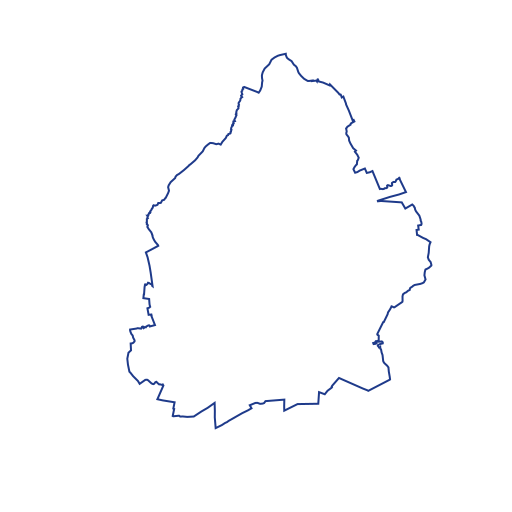 the district of IP, Salaj, Romania, rotated 154°
{"feature_id": "2599482B12205021786957", "entity_name": "IP", "entity_type": "district", "adm_level": 2, "iso_a3": "ROU", "parent_name": "Romania", "parent_adm1": "Salaj", "projection": "orthographic", "projection_center": [22.621, 47.222], "detail": "fine", "context": "isolated", "style": "outline", "palette": "blue", "viewbox_px": 512, "rotation_deg": 154, "n_neighbors": 0, "source": "geoboundaries", "source_scale": "gbopen_adm2", "svg_char_len": 6125}
<svg xmlns="http://www.w3.org/2000/svg" viewBox="0 0 512 512"><g transform="rotate(154 256 256)"><path d="M275.8,367.1L277.1,366.5L283.2,364.8L289.3,363.5L291.5,363.4L293.5,362.6L294.5,361.5L300.3,359.8L303.5,357.8L304.8,356.4L305.6,352.8L307.5,351.0L311.7,347.8L312.4,347.7L313.8,346.8L316.0,347.1L318.2,345.5L319.2,345.7L320.6,346.5L321.9,345.3L322.8,345.2L324.7,345.5L325.8,346.5L326.4,346.3L327.7,344.6L328.9,344.2L329.3,343.6L331.5,342.5L331.6,341.7L332.2,341.2L332.8,341.6L333.3,341.4L333.3,341.0L334.7,340.5L335.0,340.1L335.0,339.6L335.3,339.4L336.0,339.8L335.9,339.2L336.7,338.3L336.6,337.4L337.9,337.1L339.1,334.5L339.6,334.3L339.6,333.2L340.2,332.7L340.2,332.2L339.7,331.3L339.9,330.7L340.9,329.8L340.6,327.1L339.7,323.0L339.9,322.0L339.8,321.5L340.1,320.7L339.9,320.0L340.3,319.3L340.6,317.7L340.6,315.2L340.4,312.9L339.3,308.7L339.4,308.0L353.4,307.5L354.0,302.4L356.0,293.8L358.0,287.1L362.2,274.2L362.4,274.6L362.0,276.0L363.0,277.0L364.1,278.8L364.8,279.3L365.5,278.6L367.1,278.1L368.0,279.1L368.3,278.9L368.2,278.5L368.4,278.1L369.1,277.9L369.9,276.7L373.2,271.0L373.3,271.1L373.7,270.7L375.7,267.5L370.9,264.2L372.9,259.2L373.4,256.7L374.5,256.4L376.5,256.6L378.3,250.2L375.7,249.3L376.0,248.0L376.3,247.9L377.1,238.2L382.3,239.2L382.2,240.2L382.4,240.5L383.2,240.8L385.6,240.7L386.1,240.3L386.3,240.5L387.1,240.5L387.6,241.1L387.9,241.0L388.1,240.5L388.7,240.4L388.8,241.0L388.5,241.9L388.6,242.2L389.5,242.3L391.1,241.1L394.0,243.0L395.3,243.2L401.4,245.1L401.9,244.0L402.1,242.4L402.2,240.5L401.7,238.6L402.2,236.5L402.1,233.5L402.3,233.0L402.6,232.5L404.3,231.8L405.5,231.8L407.0,232.3L409.7,226.0L413.0,225.0L416.7,220.1L418.7,214.5L420.5,207.5L420.0,206.0L419.1,201.8L416.9,195.4L416.6,192.1L409.8,193.2L408.2,192.6L407.5,191.7L405.9,187.6L405.2,186.5L404.3,185.8L403.6,185.8L401.7,186.7L400.7,186.6L400.1,184.8L399.3,183.0L398.6,182.8L396.9,181.3L396.1,181.4L396.0,180.2L407.4,170.5L403.1,167.1L393.3,160.2L397.2,155.1L396.6,154.4L401.0,148.7L400.6,148.2L395.2,146.2L394.5,144.9L392.2,143.9L388.3,141.5L382.3,139.0L373.1,140.2L366.1,140.7L357.6,142.1L360.9,134.8L363.8,129.0L367.7,119.0L360.8,119.0L356.9,119.5L354.9,119.4L352.9,119.8L337.2,120.8L330.8,120.8L326.8,121.1L327.0,124.6L320.9,124.2L319.0,123.3L317.2,121.4L316.6,121.1L314.6,120.4L313.1,120.3L311.1,121.4L293.5,114.5L296.4,108.9L298.4,104.6L283.6,104.7L264.8,95.9L259.0,106.0L254.8,101.6L250.8,103.5L245.7,104.5L245.2,104.8L245.3,105.3L244.4,106.0L234.9,110.0L218.1,90.1L214.7,86.4L214.2,85.6L189.8,86.2L189.6,86.3L188.7,89.0L187.3,93.9L185.8,97.8L186.2,99.9L187.6,103.5L187.8,105.2L187.7,105.9L185.7,111.5L185.4,114.2L184.6,117.1L184.6,117.5L184.9,118.1L184.3,119.6L185.0,119.3L185.6,119.8L185.5,120.3L185.9,122.0L185.6,122.4L183.2,122.5L180.4,121.9L180.0,122.6L180.0,123.3L180.4,124.1L183.4,125.2L183.8,125.7L185.4,125.9L185.9,124.7L187.1,124.7L188.9,125.3L188.8,126.4L187.1,126.1L185.7,126.9L185.2,126.5L184.5,126.6L182.9,126.0L180.6,130.6L180.9,131.4L181.3,131.7L181.4,132.3L181.1,132.8L170.7,140.8L170.1,140.6L163.2,146.0L162.1,147.4L159.2,149.1L156.8,150.8L156.3,151.4L156.2,151.4L154.6,149.4L154.1,149.2L144.6,150.6L144.0,151.3L142.0,155.5L140.7,157.1L138.6,157.6L136.8,157.5L134.7,158.1L132.7,158.1L132.1,159.0L131.3,159.7L128.7,160.0L127.9,160.3L126.1,160.4L120.6,158.9L118.2,158.6L116.7,158.7L113.9,160.6L113.1,164.8L111.4,167.5L109.8,169.4L109.5,169.6L108.1,169.5L105.8,169.6L102.7,170.5L102.3,170.9L101.7,174.0L102.4,176.9L102.1,179.5L99.4,183.1L96.1,188.8L94.9,190.3L93.1,191.9L95.8,196.6L97.9,199.0L101.3,203.8L102.0,204.3L100.3,209.0L98.2,208.4L96.9,212.3L93.9,211.5L93.1,212.3L92.8,213.2L92.5,214.1L92.5,215.7L92.2,216.1L91.9,217.6L91.5,220.7L92.6,226.0L92.6,227.9L92.1,230.0L92.3,230.3L92.3,231.9L93.0,233.8L101.0,233.2L101.5,240.3L119.6,250.7L122.4,251.7L122.3,252.2L122.0,252.2L109.7,250.4L100.5,248.6L93.2,247.7L93.2,261.0L93.1,262.4L92.8,262.9L93.0,263.5L94.4,263.0L96.3,263.1L97.8,261.8L98.5,261.5L100.0,262.3L101.7,262.1L102.0,261.8L102.4,260.3L102.6,259.9L103.4,259.6L104.2,259.8L106.4,261.9L107.3,261.8L108.0,260.0L108.9,259.8L110.8,260.5L111.5,260.2L112.7,260.5L114.4,261.7L115.3,261.9L114.1,281.3L117.0,281.4L120.0,282.1L119.8,286.9L125.3,287.3L128.1,287.0L130.4,287.4L130.4,289.4L130.4,291.2L130.2,291.5L128.5,292.7L126.4,293.8L125.2,294.1L123.3,297.2L122.8,297.3L121.7,298.2L120.6,299.3L120.6,302.6L121.4,306.4L119.9,306.9L121.4,310.3L121.8,315.9L121.7,318.9L120.7,321.6L120.8,323.0L121.4,325.7L121.0,326.9L120.1,327.9L119.8,328.4L119.1,331.2L118.3,331.4L117.3,332.1L113.4,332.6L113.0,333.3L112.4,333.6L108.6,333.8L108.6,335.5L109.7,335.5L108.8,346.1L108.6,352.7L108.3,353.6L107.6,361.0L109.4,360.9L109.1,363.4L109.2,364.1L110.1,364.5L110.5,366.5L114.3,377.8L115.0,377.0L119.7,382.5L123.0,385.3L123.1,385.7L122.9,386.7L123.0,387.7L123.3,387.7L124.7,386.1L124.9,387.2L128.8,388.6L128.4,389.0L131.7,390.1L132.8,390.7L135.1,394.2L136.5,398.1L137.3,401.6L137.3,403.0L136.7,407.3L137.0,409.1L138.1,411.4L138.6,415.6L140.1,418.0L141.1,420.0L141.3,420.9L141.1,423.5L140.6,424.7L146.5,426.1L148.6,426.4L152.3,426.3L156.0,425.6L160.1,422.5L166.0,420.7L169.4,418.2L171.0,416.4L171.7,415.4L172.6,413.2L173.3,410.7L174.3,409.5L176.6,405.7L179.7,402.9L182.0,401.6L183.2,403.1L192.5,413.1L193.8,413.1L194.2,411.8L195.2,411.7L195.9,410.5L196.9,410.2L197.2,409.4L197.4,407.3L199.1,406.7L199.2,406.4L198.8,404.9L199.9,404.7L201.1,404.1L201.6,403.1L202.5,402.3L204.3,401.4L204.9,400.5L205.0,399.3L205.6,399.0L205.9,398.2L206.5,398.2L206.8,396.7L207.2,396.3L209.3,395.5L210.8,393.8L210.9,393.0L211.1,392.7L211.8,392.5L212.1,392.1L211.7,391.4L211.8,391.1L213.0,390.2L213.7,389.4L214.6,388.9L215.8,387.9L215.8,386.5L217.3,386.9L217.6,386.5L217.8,385.2L218.4,385.2L218.4,384.8L219.3,383.6L219.9,384.2L220.1,384.1L220.7,383.1L222.1,382.0L222.7,381.1L222.9,380.9L222.7,380.2L223.6,379.4L223.9,378.8L224.6,378.6L224.8,377.8L225.4,377.4L227.4,377.7L228.1,376.9L229.5,376.9L231.4,375.3L236.1,373.4L238.9,371.6L240.4,373.4L242.7,373.9L245.1,376.2L247.2,377.5L247.9,377.7L250.5,377.2L253.2,376.5L255.0,375.7L258.0,373.4L263.8,371.3L265.3,370.2L268.8,368.7L275.3,367.0L275.8,367.1Z" fill="none" stroke="#1e3a8a" stroke-width="2"/></g></svg>